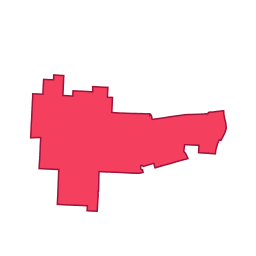 Dabuleni, Dolj, Romania (Mercator projection), rotated 254°
{"feature_id": "2599482B70911893179485", "entity_name": "Dabuleni", "entity_type": "district", "adm_level": 2, "iso_a3": "ROU", "parent_name": "Romania", "parent_adm1": "Dolj", "projection": "mercator", "projection_center": [24.129, 43.802], "detail": "fine", "context": "isolated", "style": "filled", "palette": "rose", "viewbox_px": 256, "rotation_deg": 254, "n_neighbors": 0, "source": "geoboundaries", "source_scale": "gbopen_adm2", "svg_char_len": 5106}
<svg xmlns="http://www.w3.org/2000/svg" viewBox="0 0 256 256"><g transform="rotate(254 128 128)"><path d="M171.4,119.5L172.6,119.9L172.7,119.6L172.9,118.9L173.0,118.5L173.1,118.2L173.2,117.9L173.4,117.4L173.5,117.1L173.6,116.8L173.6,116.7L173.7,116.3L173.8,116.2L173.9,115.9L173.9,115.7L174.1,115.4L174.3,114.8L174.4,114.3L174.6,113.7L174.9,112.9L175.4,111.6L175.8,110.4L176.3,109.0L177.3,106.2L177.5,105.4L176.8,105.3L175.2,104.8L172.5,104.1L172.8,103.2L173.0,102.7L173.3,101.7L174.1,99.5L176.0,94.0L177.2,90.4L178.9,85.4L176.6,84.6L174.0,83.8L173.9,83.7L174.7,81.4L175.0,80.6L175.4,79.6L177.2,74.4L196.1,80.7L196.3,80.2L196.6,79.4L196.7,79.0L197.1,77.8L198.6,73.8L199.3,71.8L199.5,71.3L197.6,70.6L196.6,70.3L194.9,69.7L195.2,68.7L195.8,66.8L196.3,65.2L197.0,63.2L198.0,60.3L196.6,59.8L195.8,59.5L194.5,59.1L193.4,58.7L191.4,58.0L189.0,57.2L187.5,56.7L186.1,56.2L183.9,55.5L185.5,50.9L186.3,48.5L186.3,48.3L186.4,48.1L186.7,47.1L187.0,46.4L187.2,45.9L186.9,45.7L186.6,45.8L185.9,45.5L183.1,44.6L180.8,43.8L177.4,42.6L174.9,41.8L174.4,41.6L173.9,41.4L172.2,40.9L170.6,40.3L169.5,39.9L168.3,39.5L167.1,39.1L166.4,38.9L165.2,38.5L162.5,37.6L161.2,37.1L160.6,36.9L158.7,36.2L158.0,36.0L155.4,35.1L154.2,34.7L152.3,34.1L151.7,33.9L150.0,33.3L148.8,32.9L147.6,32.5L147.2,32.3L146.9,32.2L146.5,32.1L145.5,31.7L145.4,31.7L145.4,32.0L145.1,32.9L145.0,33.3L144.8,34.2L144.5,35.5L144.4,35.9L144.1,37.1L143.9,37.7L143.8,38.3L143.6,38.9L143.5,39.2L143.5,39.4L143.3,40.3L142.9,41.4L141.8,41.1L140.0,40.5L138.8,40.0L136.9,39.4L136.4,39.2L136.1,39.1L135.5,38.9L134.7,38.7L134.4,38.5L132.0,37.8L131.2,37.5L130.4,37.3L129.6,37.0L129.4,36.9L128.2,36.5L127.8,36.4L127.7,36.3L127.5,36.2L127.2,36.2L126.9,36.1L126.2,35.9L125.7,35.7L125.1,35.4L124.2,35.2L123.8,35.0L123.0,34.8L122.9,34.7L121.8,34.3L120.9,34.0L120.5,33.8L119.2,33.3L118.3,33.0L116.6,32.4L115.5,32.0L115.2,31.9L114.6,31.7L114.1,31.5L113.8,31.4L113.5,31.3L113.1,32.5L110.2,41.0L108.5,46.0L107.2,50.0L83.4,42.2L74.1,39.0L73.6,40.5L72.1,44.6L70.8,48.3L70.7,48.7L70.0,51.0L69.2,53.3L68.4,55.6L67.7,58.0L65.3,65.0L64.6,67.2L64.5,67.5L63.9,67.3L59.9,66.0L59.8,65.9L59.7,66.2L59.0,68.0L58.3,70.0L58.0,70.9L57.8,71.6L57.1,73.7L56.8,74.5L56.6,75.0L56.5,75.4L58.1,76.0L62.4,77.5L72.3,81.0L72.5,80.9L73.5,81.2L75.5,81.9L75.5,82.0L75.4,82.2L77.1,82.8L79.8,83.7L81.4,84.2L84.5,85.1L90.0,86.8L94.1,88.1L91.5,95.7L91.1,97.3L90.8,98.2L90.3,99.4L90.2,99.8L88.2,105.9L86.6,110.5L85.6,113.5L84.0,118.0L82.9,121.4L81.5,125.9L81.3,127.4L81.2,128.2L81.2,130.3L83.2,130.4L83.4,130.4L83.5,130.4L83.6,130.5L83.8,130.5L83.9,130.4L84.0,130.3L84.0,130.2L83.9,129.9L83.9,129.7L84.1,129.6L84.4,129.5L84.6,129.3L84.8,129.2L85.1,128.9L86.1,129.2L87.0,129.5L87.8,129.7L88.4,130.0L88.1,130.9L87.7,131.8L87.3,132.0L86.8,132.1L86.8,132.7L86.9,135.0L86.9,136.3L86.9,136.8L86.9,137.3L86.9,137.8L87.0,143.0L85.6,143.0L85.0,143.0L82.2,143.0L82.2,148.9L82.6,148.9L82.5,150.2L82.3,150.2L82.3,151.2L82.3,152.0L82.3,153.8L82.2,155.4L82.2,156.5L82.2,159.5L82.2,161.6L82.2,162.7L82.3,165.1L82.2,166.6L82.3,169.6L82.2,171.0L82.2,172.5L82.2,173.9L82.1,174.3L82.1,177.2L82.6,177.2L83.8,177.0L85.0,176.8L86.6,176.5L87.8,176.3L88.7,175.9L90.0,175.1L96.3,177.8L95.9,179.2L95.4,180.8L95.0,182.0L93.7,185.8L91.8,191.5L90.6,191.0L88.9,190.4L88.4,190.3L87.3,189.9L84.8,189.0L84.4,190.0L82.9,194.3L82.6,195.3L82.4,195.8L82.2,196.7L82.1,196.9L82.0,197.0L81.9,197.4L81.7,197.9L81.6,198.2L81.5,198.3L81.4,198.7L81.2,199.0L81.0,199.5L80.9,199.7L80.8,200.3L80.7,200.4L80.6,200.6L80.5,200.9L80.4,201.2L79.1,204.8L82.7,206.4L82.9,206.5L83.1,206.6L84.9,207.7L88.7,210.1L91.4,212.6L90.5,213.9L93.1,216.5L93.3,216.7L93.8,217.1L96.7,219.8L100.3,222.2L101.1,222.5L103.9,223.0L104.1,223.1L104.4,223.1L106.4,223.4L110.5,223.5L115.1,224.0L118.2,224.7L118.3,224.1L118.6,222.8L119.1,219.4L119.2,218.8L119.5,217.6L119.6,216.8L119.6,216.7L120.0,213.4L120.1,213.2L120.2,212.8L120.2,212.7L120.3,212.6L120.5,212.4L120.5,212.2L120.5,211.8L120.4,211.7L120.4,211.4L120.5,211.1L120.6,210.8L120.7,210.7L120.8,210.6L120.8,210.4L120.7,210.2L120.6,209.8L120.7,209.7L120.6,209.4L120.4,209.2L120.2,209.2L119.9,209.1L119.8,208.9L119.7,208.9L119.6,208.7L119.4,208.3L119.6,208.0L119.8,207.8L119.8,207.7L120.0,207.5L120.3,205.9L120.6,204.4L120.8,203.7L120.9,203.3L121.1,202.2L121.2,201.9L121.4,201.0L121.6,200.2L123.1,194.4L123.6,192.4L124.3,189.7L124.8,187.9L125.3,184.6L126.7,175.1L127.4,169.9L127.6,168.1L127.8,166.2L128.3,162.4L129.3,155.7L129.4,154.7L129.6,153.7L130.7,153.7L132.6,153.9L133.3,153.8L134.5,153.6L134.1,152.4L134.7,152.6L135.6,152.9L136.1,151.2L136.8,148.6L137.9,145.6L138.4,143.9L139.1,141.5L139.8,139.5L140.4,137.3L140.8,136.2L141.0,135.3L141.2,134.8L142.5,130.8L143.1,129.1L144.8,123.7L145.7,121.4L146.0,120.2L146.6,119.0L147.2,117.3L147.5,116.7L148.0,116.9L157.4,120.1L161.6,121.5L162.1,120.4L162.5,118.7L163.3,116.7L163.5,116.8L164.0,116.9L164.4,117.0L164.8,117.2L165.2,117.3L165.3,117.3L165.6,117.4L165.7,117.5L165.8,117.5L166.0,117.6L166.7,117.9L167.1,118.0L167.6,118.2L168.4,118.4L168.5,118.4L168.8,118.5L169.0,118.6L169.7,118.9L170.5,119.2L171.0,119.3L171.4,119.5Z" fill="#f43f5e" stroke="#9f1239" stroke-width="1.5"/></g></svg>